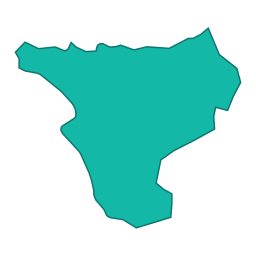 outline of Cheshire West and Chester
{"feature_id": "GBR-5707", "entity_name": "Cheshire West and Chester", "entity_type": "Unitary Authority", "adm_level": 1, "iso_a3": "GBR", "parent_name": "United Kingdom", "parent_adm1": "", "projection": "mercator", "projection_center": [-2.803, 53.149], "detail": "fine", "context": "isolated", "style": "filled", "palette": "teal", "viewbox_px": 256, "rotation_deg": 0, "n_neighbors": 0, "source": "natural_earth", "source_scale": "10m", "svg_char_len": 977}
<svg xmlns="http://www.w3.org/2000/svg" viewBox="0 0 256 256"><path d="M61.1,130.5L60.9,129.1L61.4,127.2L62.5,125.9L74.7,118.1L75.6,116.5L76.0,114.0L75.3,109.2L73.8,106.0L72.4,103.7L61.5,91.6L40.4,74.5L37.4,73.2L25.0,70.9L19.1,67.9L19.1,58.7L15.4,52.2L25.0,42.2L38.6,48.7L55.3,47.0L64.9,51.0L68.2,49.0L70.4,44.0L71.1,42.5L76.3,47.2L85.8,51.6L96.0,51.1L96.3,50.0L96.7,47.6L97.8,45.1L100.3,43.6L103.2,43.8L108.2,46.4L110.6,47.1L116.0,46.6L120.6,45.2L133.9,49.9L146.9,46.8L169.1,48.4L188.4,38.4L193.1,38.4L200.8,34.4L208.2,28.2L219.3,54.6L236.9,68.5L240.6,82.5L233.2,96.5L227.6,110.4L215.6,107.3L213.7,116.6L214.6,129.0L195.1,139.8L173.8,150.7L160.8,159.9L156.1,183.1L163.6,189.3L171.9,193.9L171.9,203.2L170.8,217.3L136.3,227.8L122.9,219.6L110.6,217.7L108.2,216.7L106.6,215.3L104.1,209.6L96.0,200.2L94.5,197.0L93.8,194.3L93.9,192.1L93.7,190.1L91.6,180.5L89.3,173.3L80.6,153.7L78.9,151.2L62.8,133.8L61.1,130.9L61.1,130.5Z" fill="#14b8a6" stroke="#0f766e" stroke-width="1.5"/></svg>